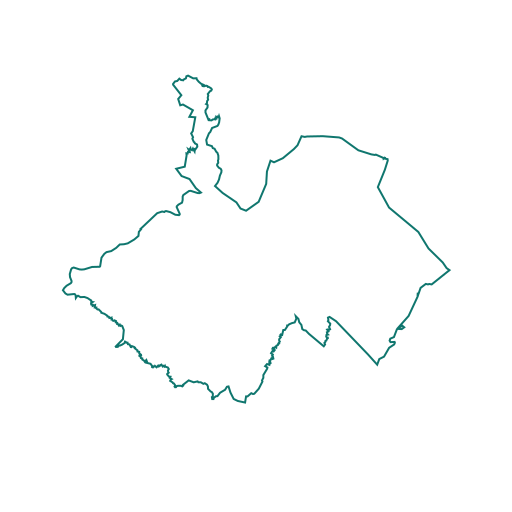 Eduardo Neri, Guerrero, Mexico, rotated 305°
{"feature_id": "50627088B91024651909161", "entity_name": "Eduardo Neri", "entity_type": "district", "adm_level": 2, "iso_a3": "MEX", "parent_name": "Mexico", "parent_adm1": "Guerrero", "projection": "albers", "projection_center": [-99.66, 17.814], "detail": "fine", "context": "isolated", "style": "outline", "palette": "teal", "viewbox_px": 512, "rotation_deg": 305, "n_neighbors": 0, "source": "geoboundaries", "source_scale": "gbopen_adm2", "svg_char_len": 6143}
<svg xmlns="http://www.w3.org/2000/svg" viewBox="0 0 512 512"><g transform="rotate(305 256 256)"><path d="M118.3,132.5L120.6,132.5L121.4,133.0L121.6,135.8L124.0,138.9L124.9,142.1L125.0,146.6L124.0,147.3L124.6,148.6L122.9,148.0L122.2,148.3L121.7,149.1L122.4,150.3L121.5,150.9L123.5,152.3L121.3,153.4L122.2,154.8L121.5,155.1L121.3,156.8L122.0,157.7L121.4,161.3L120.8,161.8L121.7,165.0L121.8,168.5L121.2,169.0L121.8,170.4L121.1,171.4L122.4,172.7L121.9,172.8L122.1,173.8L121.2,174.1L121.5,174.6L120.9,175.6L121.3,176.8L122.1,177.0L122.4,178.6L121.2,179.2L121.7,180.6L120.7,181.2L121.1,181.9L120.4,183.6L121.7,183.8L121.0,185.1L121.8,185.6L121.9,186.6L119.5,190.2L111.5,194.7L101.4,193.0L101.2,193.5L102.3,194.9L104.1,195.1L104.7,196.0L106.7,197.2L109.8,198.4L110.7,197.8L110.9,198.2L110.8,200.0L111.3,200.5L110.3,201.7L111.0,203.1L109.6,205.7L109.8,206.1L111.0,206.0L111.6,208.4L111.5,209.5L110.9,209.6L110.7,213.0L109.8,213.7L110.5,215.3L109.3,216.2L109.2,218.4L108.9,218.7L108.1,217.5L107.3,217.7L107.3,219.3L106.4,220.2L106.9,221.6L106.0,222.2L106.1,224.3L105.6,225.5L107.9,225.8L106.9,227.3L105.9,226.7L105.5,227.0L107.2,231.4L106.3,234.1L105.4,234.5L105.4,235.0L105.7,235.5L106.8,235.3L107.4,236.4L108.0,236.3L107.8,238.4L110.0,238.7L109.6,239.6L110.0,239.9L111.0,240.3L111.3,240.0L112.8,240.8L112.0,242.9L112.9,243.1L112.8,244.4L113.8,244.4L113.3,245.1L114.1,247.7L113.4,249.4L111.8,249.5L110.5,250.7L110.3,251.4L108.5,250.9L108.0,251.2L107.3,253.8L108.0,255.1L106.7,255.3L106.8,257.5L106.0,257.1L104.5,257.3L104.6,260.3L104.2,261.0L104.5,261.9L103.7,264.0L102.3,264.2L102.1,265.0L102.7,265.7L103.8,265.6L104.9,266.5L106.6,268.9L106.9,270.4L108.2,270.7L108.6,270.1L115.5,272.2L116.8,277.4L119.8,280.1L119.5,281.2L120.9,283.2L121.1,286.2L122.4,287.0L122.5,289.7L121.6,291.4L119.7,292.9L119.0,296.6L119.2,297.8L118.5,299.6L116.1,301.2L115.1,300.8L113.7,302.2L114.4,303.2L115.5,302.8L118.1,303.6L119.1,304.8L123.4,305.0L128.7,307.4L132.2,307.2L133.4,308.3L129.5,313.4L126.1,319.7L126.8,324.2L129.7,331.1L135.3,328.4L136.1,329.6L140.9,330.8L141.2,332.7L142.2,333.6L148.9,334.4L156.8,333.3L157.5,332.3L160.4,331.9L162.7,330.3L170.0,329.8L171.2,329.3L171.0,326.7L173.8,327.0L174.5,329.3L176.4,328.0L176.2,329.3L176.6,329.4L178.5,327.1L179.1,327.6L181.1,327.3L181.1,328.6L181.9,329.1L183.5,327.3L183.5,326.4L184.9,326.3L185.0,324.1L188.7,324.0L188.2,325.2L189.7,325.3L190.6,323.7L189.8,322.6L190.5,322.5L191.5,323.7L192.6,323.9L192.6,325.1L194.3,324.2L195.8,325.0L196.4,324.6L197.5,325.1L197.7,324.5L199.5,324.6L200.0,323.5L201.1,322.7L203.7,322.9L203.9,321.6L205.0,322.0L205.5,321.2L206.1,321.3L206.4,322.7L211.0,320.8L212.0,322.1L216.0,322.0L216.9,321.4L217.3,322.0L219.0,322.3L221.6,323.9L223.8,325.8L227.8,325.0L229.5,323.1L228.8,326.8L226.5,329.5L225.6,332.7L222.7,335.8L222.7,337.8L223.5,339.5L222.6,344.0L220.9,363.3L223.2,363.3L224.0,361.9L225.4,362.1L226.2,361.6L227.1,362.1L228.7,361.7L229.9,362.0L230.3,361.6L229.8,360.8L230.3,359.7L231.8,359.0L232.9,360.0L233.1,358.9L234.2,357.8L235.7,358.6L236.5,356.5L237.1,357.0L237.0,358.1L238.5,358.7L239.8,356.5L241.9,356.3L243.2,355.6L243.8,352.3L245.0,352.1L246.8,350.3L248.3,351.2L248.5,359.0L239.6,404.2L236.5,417.6L242.3,416.1L247.0,418.6L257.2,417.7L262.8,419.9L264.6,419.5L265.1,418.8L262.6,415.6L263.3,414.0L265.3,413.4L268.7,415.5L276.6,413.5L277.6,413.9L279.7,417.3L282.6,418.3L282.8,415.8L277.1,413.4L294.4,415.4L315.3,411.7L316.9,411.2L316.7,410.8L318.0,410.0L318.7,410.7L324.3,409.1L330.5,411.1L331.4,413.2L332.4,413.9L333.5,416.2L355.4,422.6L355.4,419.1L357.8,412.7L361.1,393.0L368.8,375.2L372.0,337.2L382.3,316.3L400.5,312.1L409.7,309.2L410.8,308.2L409.7,305.8L410.4,305.4L410.3,304.9L408.9,304.6L409.4,304.1L407.8,296.0L407.0,295.5L405.4,292.2L401.3,279.2L401.6,259.1L400.8,256.1L392.4,241.9L383.2,229.3L381.5,227.6L380.2,224.6L370.5,226.5L365.3,225.7L351.5,221.9L343.1,217.0L342.4,213.2L331.5,216.5L320.9,223.0L301.9,227.1L287.4,221.9L286.0,216.1L288.7,209.2L288.5,192.5L289.8,182.3L294.0,182.5L297.5,181.8L301.2,180.3L304.7,179.6L306.4,178.6L307.2,177.1L307.0,174.9L307.8,172.3L308.8,171.6L310.7,171.6L312.4,170.1L313.7,169.7L316.7,167.5L318.4,165.2L318.6,163.6L320.1,160.5L319.6,158.7L320.7,156.9L319.2,152.0L322.5,148.7L329.5,147.1L331.3,147.4L335.7,146.6L340.4,149.8L341.9,149.8L344.2,149.2L347.9,147.3L349.3,145.5L348.0,145.9L347.6,145.1L348.0,144.5L347.2,144.2L347.2,143.7L346.0,144.5L345.9,143.7L344.8,144.2L344.8,143.6L344.2,143.6L343.1,142.3L341.6,141.8L340.3,139.6L341.0,139.2L340.4,138.8L344.6,132.3L346.3,131.1L349.8,131.1L351.8,129.9L352.1,129.4L351.9,128.0L352.9,128.2L354.9,127.1L356.6,127.1L357.9,125.7L360.2,124.8L361.0,123.6L364.6,123.8L365.8,124.5L367.2,124.2L367.6,122.9L367.4,120.0L366.9,119.6L367.3,118.6L366.9,117.4L365.2,116.1L364.6,114.8L364.7,114.4L366.1,114.7L365.6,112.3L365.9,109.1L366.7,106.2L367.5,105.3L365.5,102.7L364.8,96.9L363.3,95.9L361.3,96.7L359.0,95.5L358.2,95.6L357.2,93.7L357.3,91.5L354.2,91.1L352.5,89.5L349.3,89.4L348.8,89.8L344.9,102.6L340.0,102.2L336.0,107.5L338.2,109.3L339.2,120.7L331.8,121.6L334.8,126.7L322.0,132.6L319.2,132.6L317.2,136.3L315.6,136.6L313.8,139.5L313.8,140.5L313.2,141.3L313.5,143.8L311.9,145.2L307.3,145.2L306.4,145.7L306.9,144.6L308.0,143.9L307.4,143.4L307.8,142.7L306.0,142.9L306.0,141.1L306.7,140.4L305.2,140.4L304.6,140.9L304.6,139.5L303.0,142.0L302.2,140.6L300.7,141.2L300.2,140.1L298.5,141.5L288.3,146.4L281.7,140.6L278.8,149.2L280.9,157.4L277.1,167.8L276.4,174.5L275.1,173.7L274.1,172.1L271.9,165.1L270.9,163.9L264.3,161.5L262.7,161.8L259.8,163.8L257.3,164.8L253.6,163.0L251.3,162.6L250.6,162.9L246.8,169.3L246.2,169.7L245.3,169.5L243.5,166.2L242.8,160.7L241.3,156.7L240.7,156.0L239.5,155.7L238.6,153.6L234.4,150.5L212.0,145.9L211.9,146.5L208.6,146.2L205.0,148.2L199.7,146.8L192.8,143.7L189.9,141.1L187.3,137.8L182.4,136.8L177.0,134.6L173.4,131.3L170.7,130.5L166.0,130.4L158.2,134.2L157.5,134.1L153.0,128.0L146.6,123.0L144.9,121.0L143.8,119.1L142.0,113.3L140.6,112.3L139.1,112.2L134.4,113.8L132.0,115.8L129.7,119.3L128.7,119.9L127.5,119.9L123.0,117.9L119.7,117.3L117.2,117.5L116.0,121.4L116.2,123.8L120.6,128.9L120.8,129.9L120.3,130.8L118.3,132.5Z" fill="none" stroke="#0f766e" stroke-width="2"/></g></svg>